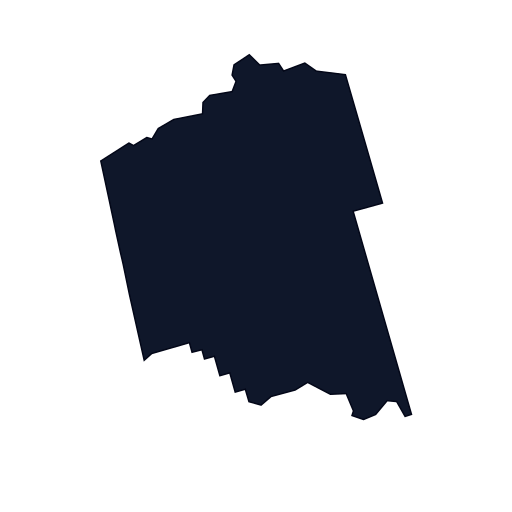 the district of Madison, Florida, United States of America, rotated 254°
{"feature_id": "52423323B35187147605368", "entity_name": "Madison", "entity_type": "district", "adm_level": 2, "iso_a3": "USA", "parent_name": "United States of America", "parent_adm1": "Florida", "projection": "albers", "projection_center": [-83.469, 30.456], "detail": "fine", "context": "isolated", "style": "filled", "palette": "ink", "viewbox_px": 512, "rotation_deg": 254, "n_neighbors": 0, "source": "geoboundaries", "source_scale": "gbopen_adm2", "svg_char_len": 906}
<svg xmlns="http://www.w3.org/2000/svg" viewBox="0 0 512 512"><g transform="rotate(254 256 256)"><path d="M451.3,305.0L445.8,287.6L436.5,282.9L429.4,285.0L420.6,278.4L423.1,255.8L418.2,247.4L407.4,243.8L409.9,214.6L405.5,197.2L397.1,188.3L400.0,183.7L395.9,168.7L399.6,165.0L390.1,133.0L367.9,131.5L366.5,131.4L348.8,130.2L338.9,129.5L325.8,128.6L319.4,128.1L295.8,126.6L295.7,126.6L289.5,126.3L284.2,126.0L253.6,123.7L186.6,119.8L191.0,128.9L191.1,168.1L181.1,168.0L180.8,178.2L171.2,178.1L171.1,188.4L150.9,188.3L150.9,198.6L130.9,198.5L130.9,209.0L117.9,209.1L111.3,219.8L116.8,231.8L116.4,256.7L120.3,270.8L102.6,289.4L98.9,304.8L80.2,307.0L76.2,304.3L69.2,314.3L70.7,327.3L80.8,342.2L77.3,351.1L60.7,355.1L60.9,361.8L272.3,361.7L272.0,392.2L333.4,392.1L405.6,391.9L417.1,364.9L428.0,356.1L426.2,333.5L434.9,330.8L438.5,312.2L451.3,305.0Z" fill="#0f172a" stroke="#020617" stroke-width="1.5"/></g></svg>